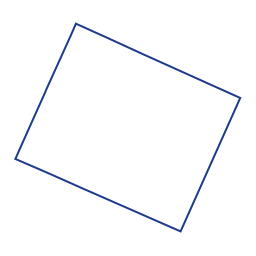 outline of Portage, Ohio, United States of America, rotated 114°
{"feature_id": "52423323B44702428912558", "entity_name": "Portage", "entity_type": "district", "adm_level": 2, "iso_a3": "USA", "parent_name": "United States of America", "parent_adm1": "Ohio", "projection": "albers", "projection_center": [-81.208, 41.168], "detail": "fine", "context": "isolated", "style": "outline", "palette": "blue", "viewbox_px": 256, "rotation_deg": 114, "n_neighbors": 0, "source": "geoboundaries", "source_scale": "gbopen_adm2", "svg_char_len": 403}
<svg xmlns="http://www.w3.org/2000/svg" viewBox="0 0 256 256"><g transform="rotate(114 128 128)"><path d="M54.9,37.7L54.8,73.6L54.5,144.2L54.3,161.9L54.1,179.0L54.0,191.9L54.0,199.5L53.9,218.0L67.4,217.9L125.9,218.3L128.7,218.2L133.2,218.2L170.1,218.3L202.1,218.3L201.7,181.1L201.7,144.9L201.5,111.5L201.5,110.7L201.3,76.0L201.1,37.9L54.9,37.7Z" fill="none" stroke="#1e3a8a" stroke-width="2"/></g></svg>